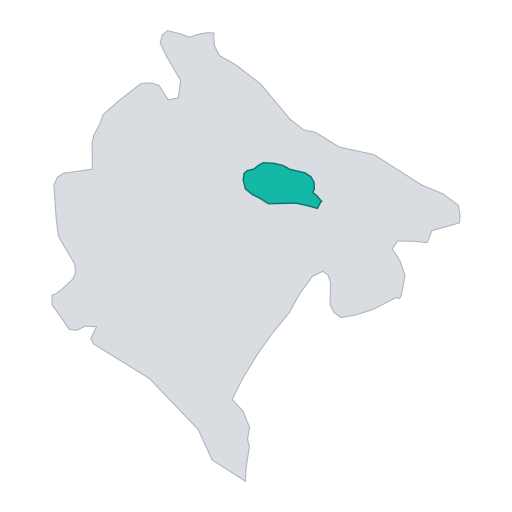 Mojkovac on a map of Montenegro (Natural Earth projection)
{"feature_id": "MNE-1513", "entity_name": "Mojkovac", "entity_type": "Municipality", "adm_level": 1, "iso_a3": "MNE", "parent_name": "Montenegro", "parent_adm1": "", "projection": "natural_earth1", "projection_center": [19.506, 42.966], "detail": "fine", "context": "in_parent", "style": "filled", "palette": "teal", "viewbox_px": 512, "rotation_deg": 0, "n_neighbors": 0, "source": "natural_earth", "source_scale": "10m", "svg_char_len": 1649}
<svg xmlns="http://www.w3.org/2000/svg" viewBox="0 0 512 512"><path d="M214.2,33.1L213.6,36.4L214.6,46.1L219.4,55.5L236.3,65.2L261.0,84.3L290.2,119.4L303.6,129.9L315.6,132.4L339.1,147.0L355.5,150.6L373.9,154.6L421.7,185.0L443.1,193.9L458.4,205.4L460.1,216.2L459.4,222.9L431.9,230.7L427.1,242.6L413.7,241.2L397.6,241.1L392.3,248.7L400.0,261.1L405.1,275.7L401.1,295.8L399.7,298.4L395.8,297.7L373.1,309.4L356.1,314.9L340.8,317.6L333.6,312.0L330.0,304.4L330.6,282.4L327.9,274.9L322.7,271.3L312.2,276.5L300.0,293.5L288.7,313.3L271.8,334.0L257.7,353.8L242.6,378.7L232.2,399.4L243.0,411.1L249.5,427.3L247.5,439.5L249.4,446.6L246.1,467.9L245.4,481.3L212.0,459.8L198.3,429.6L149.6,378.7L93.7,344.0L90.8,338.6L93.9,331.9L96.6,326.6L85.0,326.2L76.8,330.4L69.1,329.3L60.4,316.3L52.2,305.0L51.9,295.1L55.7,293.8L61.3,289.8L73.0,278.8L75.4,273.0L74.9,264.3L58.5,236.5L56.2,218.5L53.9,185.0L57.5,177.1L63.5,173.3L92.3,169.1L92.1,143.0L93.8,135.2L99.6,124.4L103.3,114.5L119.3,100.3L141.1,83.4L150.5,82.9L158.9,85.2L168.2,99.8L178.4,97.9L180.6,80.4L167.2,57.6L160.1,43.0L162.4,34.9L167.4,30.7L178.9,33.4L189.9,37.3L196.9,34.6L207.8,32.6L214.2,33.1Z" fill="#d9dde1" stroke="#a8b0b8" stroke-width="1"/><path d="M243.3,179.2L244.1,173.5L247.1,170.7L253.8,169.1L258.7,165.2L260.3,164.4L263.3,162.7L270.6,163.2L274.1,163.4L282.3,165.3L287.2,167.7L288.8,169.0L295.4,170.7L305.1,172.9L310.9,176.8L314.0,182.2L314.3,189.0L312.9,192.6L316.7,195.7L321.6,201.4L320.9,201.7L317.4,208.4L309.4,206.1L303.8,204.8L295.9,203.1L281.6,203.4L268.3,203.7L261.3,199.1L252.4,194.5L252.0,194.2L245.5,189.0L243.2,179.9L243.3,179.2Z" fill="#14b8a6" stroke="#0f766e" stroke-width="1.5"/></svg>